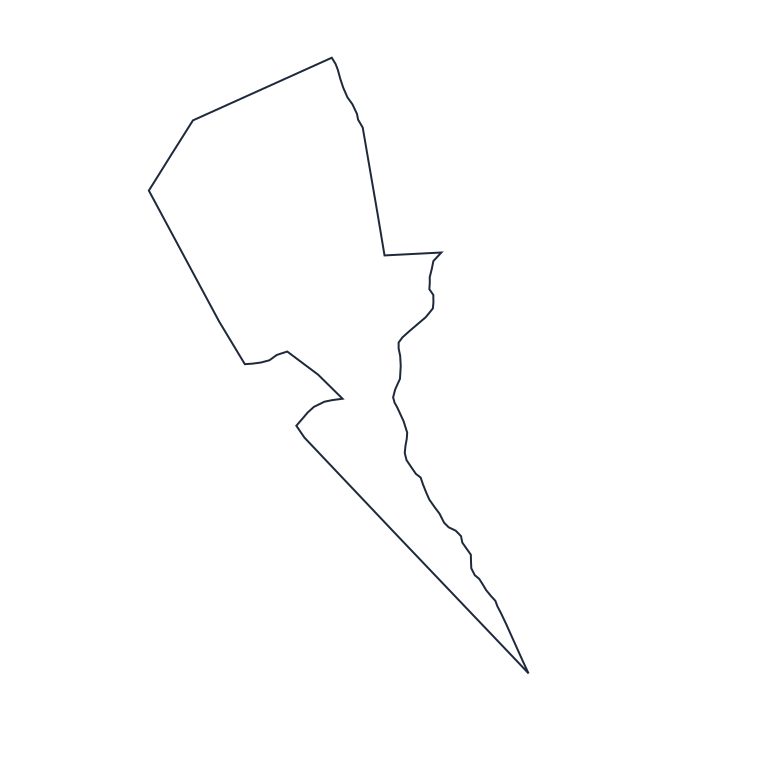 the district of Itaiçaba, Ceará, Brazil, rotated 61°
{"feature_id": "56859067B36389495737376", "entity_name": "Itaiçaba", "entity_type": "district", "adm_level": 2, "iso_a3": "BRA", "parent_name": "Brazil", "parent_adm1": "Ceará", "projection": "natural_earth1", "projection_center": [-37.787, -4.712], "detail": "fine", "context": "isolated", "style": "outline", "palette": "slate", "viewbox_px": 768, "rotation_deg": 61, "n_neighbors": 0, "source": "geoboundaries", "source_scale": "gbopen_adm2", "svg_char_len": 1248}
<svg xmlns="http://www.w3.org/2000/svg" viewBox="0 0 768 768"><g transform="rotate(61 384 384)"><path d="M73.3,271.5L60.8,423.3L71.8,443.3L80.5,459.2L96.6,488.2L100.8,495.9L249.6,497.9L299.2,496.1L302.5,489.0L305.6,481.1L307.7,472.7L306.6,463.7L308.7,452.9L343.9,437.1L376.8,427.4L373.0,437.1L370.6,444.7L370.0,456.4L372.0,464.8L375.0,472.7L378.0,480.9L392.3,479.6L524.9,445.4L690.7,402.1L707.2,397.9L694.3,397.0L652.6,393.5L641.5,392.8L633.5,392.6L627.6,391.7L621.5,393.2L613.8,394.6L607.5,394.8L600.7,395.2L595.2,397.3L587.5,397.0L581.3,393.9L575.4,390.8L567.4,391.7L560.7,392.4L554.4,390.4L547.0,392.4L540.7,396.9L534.4,398.7L524.3,398.3L516.5,399.4L507.2,400.4L499.4,399.7L490.8,398.6L483.6,397.3L478.0,399.7L470.8,400.4L461.5,401.2L454.4,399.3L448.5,395.2L443.0,390.7L437.8,387.3L426.0,384.9L411.2,383.8L405.5,383.8L400.1,382.5L394.2,376.9L387.2,367.5L376.3,360.6L367.2,356.2L360.1,354.0L354.8,351.1L352.1,345.1L350.0,335.8L345.8,315.1L341.6,304.6L336.6,301.2L330.0,297.7L323.1,298.4L317.7,294.9L312.7,292.2L306.4,286.3L300.4,281.2L296.8,270.1L271.8,321.2L232.3,307.2L149.4,278.3L140.2,278.5L134.7,276.7L124.0,276.0L115.7,277.0L105.0,276.0L96.0,274.3L87.0,272.1L80.8,271.2L73.3,271.5Z" fill="none" stroke="#1e293b" stroke-width="2"/></g></svg>